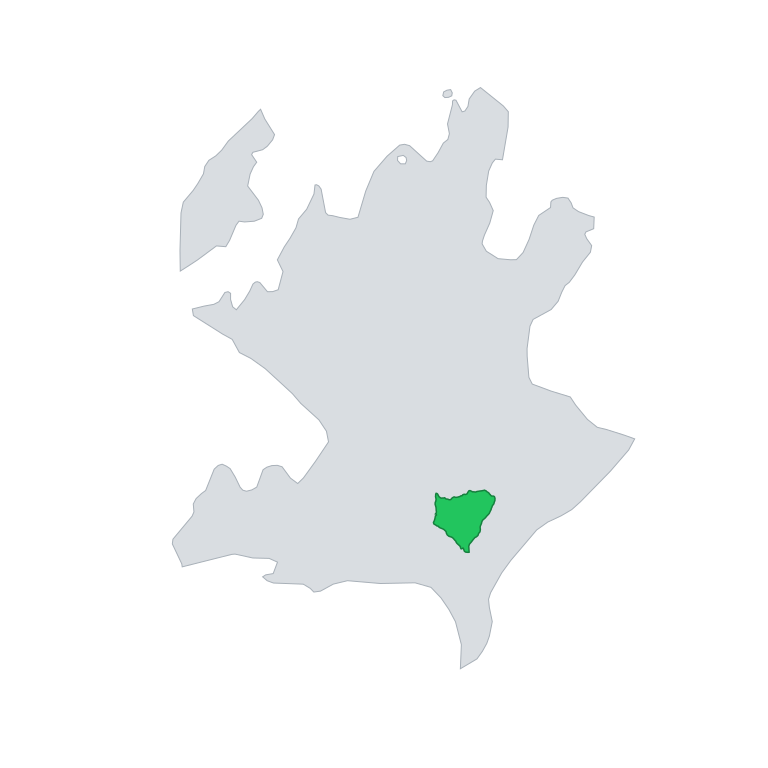 Gobustan District, Qobustan, Azerbaijan (highlighted), rotated 78°
{"feature_id": "54616110B43271825035432", "entity_name": "Gobustan District", "entity_type": "district", "adm_level": 2, "iso_a3": "AZE", "parent_name": "Azerbaijan", "parent_adm1": "Qobustan", "projection": "mercator", "projection_center": [48.924, 40.545], "detail": "fine", "context": "in_parent", "style": "filled", "palette": "green", "viewbox_px": 768, "rotation_deg": 78, "n_neighbors": 0, "source": "geoboundaries", "source_scale": "gbopen_adm2", "svg_char_len": 5438}
<svg xmlns="http://www.w3.org/2000/svg" viewBox="0 0 768 768"><g transform="rotate(78 384 384)"><path d="M520.9,619.4L517.9,619.2L496.4,624.3L491.9,622.7L473.4,599.2L469.6,596.5L461.7,595.5L457.0,591.6L453.2,585.3L451.1,580.6L432.0,567.8L429.2,563.1L428.8,559.0L431.6,555.2L434.8,552.1L444.1,548.9L455.0,546.2L458.5,544.2L460.3,540.8L460.1,535.3L458.4,529.9L442.7,520.1L441.0,515.8L440.5,510.6L441.4,505.2L443.8,500.9L456.6,495.1L463.4,489.1L459.2,482.4L445.4,467.1L429.1,450.3L418.2,450.1L405.6,455.1L385.6,469.5L374.4,475.6L360.0,485.8L344.2,497.1L331.2,509.0L323.2,518.9L308.8,523.2L301.6,531.5L277.5,556.2L270.8,555.9L270.4,543.7L270.7,533.9L269.2,528.3L261.4,520.6L261.3,517.3L263.4,515.2L269.4,516.5L277.0,516.0L280.7,513.0L272.5,502.8L265.2,496.0L259.0,491.4L257.6,488.7L257.6,486.7L258.9,484.4L269.5,478.8L270.5,473.7L269.8,467.9L253.0,459.4L240.4,462.5L229.1,453.0L221.9,445.6L212.9,437.6L204.8,433.3L197.0,423.3L183.6,413.0L175.0,410.1L175.1,408.5L176.7,406.6L180.3,405.0L204.2,405.5L207.2,403.6L208.7,399.2L211.9,392.6L215.8,383.0L215.5,374.8L191.4,361.7L173.9,349.6L161.8,333.6L153.6,319.0L153.8,314.1L156.2,309.4L174.9,295.9L176.2,292.4L175.8,290.0L169.1,283.1L160.7,275.9L158.1,270.7L152.8,268.0L142.8,267.8L125.1,259.0L121.4,258.1L120.6,256.4L121.4,254.6L134.0,251.0L133.8,248.1L130.0,244.2L122.9,241.4L116.4,234.4L114.1,228.0L136.8,209.5L143.5,205.8L158.4,209.2L189.3,221.5L187.2,228.3L190.3,232.1L197.4,237.3L211.0,242.6L222.5,245.3L228.3,243.0L237.1,241.1L248.6,247.1L259.2,254.8L264.5,257.9L267.3,258.9L275.4,256.3L285.1,246.4L288.8,234.4L289.9,228.6L284.3,220.6L272.7,212.0L259.7,204.4L251.3,197.6L246.0,184.4L240.6,182.9L239.2,181.2L238.3,176.6L238.6,170.3L240.4,165.4L245.7,163.3L251.0,162.5L255.8,157.9L261.8,148.7L264.4,143.7L275.7,146.6L277.2,154.8L279.3,156.5L284.0,155.5L291.8,152.1L298.0,154.7L306.0,164.5L317.1,174.8L323.1,181.7L325.4,186.4L331.1,191.0L339.3,196.5L345.9,205.0L351.8,224.7L357.8,229.2L379.1,236.7L386.6,238.2L407.6,240.9L414.9,239.0L425.7,222.0L435.4,204.5L444.5,200.9L460.9,192.4L470.7,184.4L474.8,175.8L484.1,159.4L489.8,150.2L499.4,158.4L516.2,180.5L540.1,216.4L545.9,226.5L549.8,238.3L553.1,252.5L558.5,265.0L582.8,296.5L593.2,308.1L610.3,323.1L616.3,326.5L624.3,327.4L638.9,327.5L652.4,333.3L659.1,337.4L666.0,343.4L672.2,350.2L678.4,368.5L655.0,362.5L631.4,363.5L618.0,367.4L605.1,372.7L592.7,380.3L584.9,395.0L578.4,429.0L568.8,460.6L569.2,475.2L573.4,489.2L572.9,495.9L568.5,498.7L563.0,504.6L555.7,533.5L552.1,539.2L547.4,542.8L546.1,539.4L546.4,531.8L536.1,525.2L530.7,532.6L526.9,548.5L519.4,565.1L519.0,568.3L520.9,619.4ZM172.1,322.0L173.1,317.4L170.2,315.4L167.1,315.3L164.4,317.6L164.4,323.3L168.1,324.3L172.1,322.0ZM94.8,454.9L91.2,450.2L89.6,447.6L100.0,445.5L117.3,439.2L122.0,442.2L127.1,448.6L129.6,454.0L130.1,464.1L132.1,465.8L140.6,462.4L144.3,466.5L150.8,471.3L162.0,476.2L178.2,468.6L186.3,466.7L192.9,466.8L196.5,469.2L197.8,477.0L196.5,486.7L194.6,492.0L198.0,495.8L211.3,505.1L216.8,510.2L214.1,519.2L224.0,540.9L227.3,549.4L231.2,559.8L211.0,555.8L174.5,547.0L164.4,542.5L154.9,530.3L149.3,524.5L140.9,516.9L134.0,514.1L128.8,508.8L125.9,501.1L121.5,494.1L114.0,485.8L97.0,457.8L94.8,454.9ZM116.5,264.9L114.2,266.5L110.7,264.9L109.7,261.3L109.9,257.6L113.4,256.7L116.2,257.8L117.0,261.2L116.5,264.9Z" fill="#d9dde1" stroke="#a8b0b8" stroke-width="1"/><path d="M517.2,299.4L516.9,299.6L516.3,300.5L516.1,301.6L515.9,302.1L515.0,302.8L514.2,303.1L513.7,303.6L512.8,303.9L512.1,304.3L511.6,304.8L511.0,305.5L510.4,306.0L509.7,306.4L509.4,307.0L508.8,307.6L508.8,308.8L508.8,310.7L508.6,312.6L508.6,313.5L508.5,314.7L508.5,316.0L508.8,316.8L508.2,318.4L507.9,319.8L506.7,321.2L506.1,322.1L506.2,323.3L507.5,324.6L508.6,325.5L508.9,326.2L509.0,327.5L508.5,328.5L508.7,329.9L509.5,330.9L509.4,332.1L509.8,333.2L509.9,334.2L510.0,335.6L509.9,337.0L509.6,337.9L509.0,338.9L509.5,340.8L510.3,341.9L510.9,342.7L510.9,343.9L510.7,344.5L510.2,345.1L510.0,345.3L509.7,346.1L509.5,347.0L508.9,347.6L507.9,348.3L507.9,349.4L507.6,350.8L507.6,351.7L506.9,352.6L506.4,353.0L505.7,353.6L504.8,353.9L503.7,354.2L502.9,354.4L502.2,354.9L501.9,355.4L501.8,355.8L502.7,356.4L503.6,356.6L504.8,357.0L506.6,357.0L507.9,357.1L508.8,357.5L509.8,357.9L510.0,358.2L510.7,358.6L510.8,358.6L512.2,359.0L514.0,358.9L515.0,358.8L515.6,358.8L517.2,359.0L518.3,359.2L519.9,359.3L520.7,359.6L521.4,360.2L521.8,360.7L522.3,359.9L523.2,360.0L523.8,361.2L524.9,361.6L526.5,362.3L527.4,362.8L528.6,363.5L529.6,364.4L530.8,364.4L531.6,364.1L532.4,363.0L533.8,361.8L534.4,360.5L535.7,359.8L536.5,358.8L537.5,357.3L538.6,355.8L539.9,354.9L541.2,354.0L542.9,354.0L544.8,353.5L546.5,352.1L546.8,351.5L547.2,350.9L547.6,350.0L548.4,349.1L549.0,348.6L550.0,348.0L551.0,347.5L551.7,347.1L552.6,346.5L553.3,346.3L553.9,346.3L554.6,346.0L555.6,345.4L556.7,344.6L557.5,344.0L558.5,343.4L558.7,343.1L560.1,343.2L561.3,342.8L561.3,341.9L560.9,340.9L562.0,340.4L563.3,340.3L564.4,340.1L565.4,339.1L565.9,337.6L566.2,336.5L566.2,335.7L564.8,335.5L562.8,335.2L560.2,334.8L558.3,333.6L556.7,331.4L554.6,329.0L553.1,327.0L552.7,325.4L551.7,323.6L549.8,322.5L548.6,320.9L546.4,320.0L544.2,319.8L543.0,319.3L540.6,317.6L539.0,316.9L537.6,315.7L536.5,313.6L535.9,312.6L534.5,310.9L533.4,309.2L532.4,307.9L531.0,306.9L530.1,306.2L529.2,305.4L528.0,304.9L527.2,304.2L525.9,303.5L525.1,302.7L524.1,301.5L522.3,300.6L521.2,299.8L518.9,299.2L517.2,299.4L517.2,299.4Z" fill="#22c55e" stroke="#15803d" stroke-width="1.5"/></g></svg>